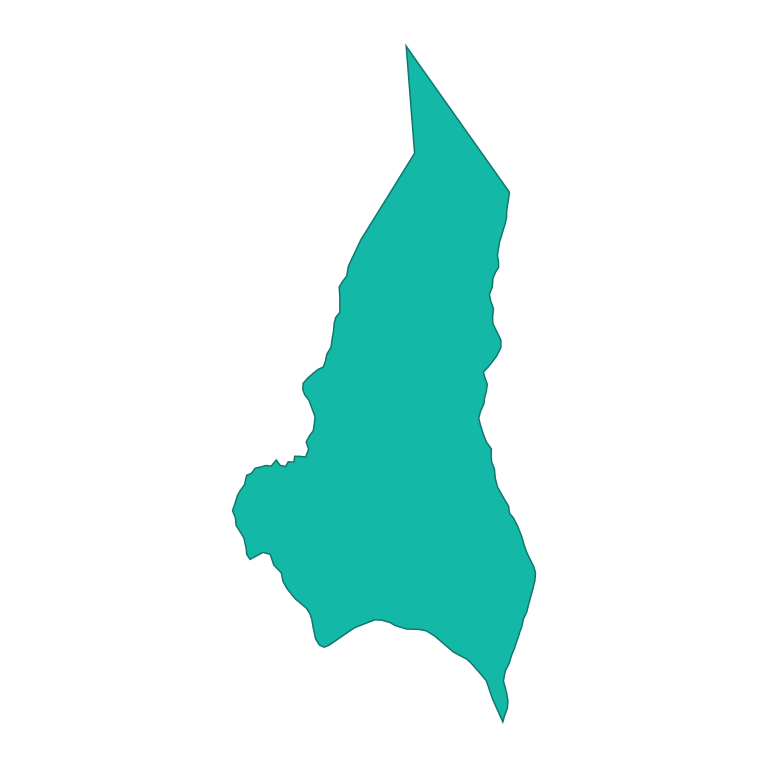 Piranhas, Alagoas, Brazil (Equal Earth projection)
{"feature_id": "56859067B38301719438839", "entity_name": "Piranhas", "entity_type": "district", "adm_level": 2, "iso_a3": "BRA", "parent_name": "Brazil", "parent_adm1": "Alagoas", "projection": "equal_earth", "projection_center": [-37.725, -9.506], "detail": "fine", "context": "isolated", "style": "filled", "palette": "teal", "viewbox_px": 768, "rotation_deg": 0, "n_neighbors": 0, "source": "geoboundaries", "source_scale": "gbopen_adm2", "svg_char_len": 2181}
<svg xmlns="http://www.w3.org/2000/svg" viewBox="0 0 768 768"><path d="M406.2,46.1L414.6,153.2L385.6,200.0L380.8,207.7L360.9,239.7L348.4,266.1L346.7,276.0L342.4,281.6L339.2,287.1L339.8,296.3L339.9,304.0L339.8,312.4L335.7,317.5L334.2,323.1L333.5,331.3L332.1,339.4L331.0,347.2L326.9,354.1L325.2,361.9L323.2,367.1L318.4,369.2L313.2,373.3L307.7,378.1L303.1,383.4L302.8,389.5L304.7,394.8L309.0,400.4L311.8,408.0L315.0,416.6L314.5,422.8L313.2,430.9L309.7,435.4L306.2,441.9L308.6,449.2L305.6,457.0L300.1,456.4L294.7,456.3L293.9,462.2L288.2,461.8L285.7,466.5L280.0,465.3L276.3,460.0L271.2,466.1L265.8,465.5L260.1,467.1L255.0,468.3L251.6,473.2L246.6,475.4L244.5,484.7L240.2,490.6L237.5,495.4L235.4,502.2L232.5,510.8L235.4,517.6L236.1,525.4L243.8,537.6L246.2,548.6L246.7,554.3L250.0,559.4L263.0,552.4L270.2,554.3L273.8,565.0L281.3,572.8L283.0,581.4L287.5,589.3L295.3,598.9L306.3,608.1L310.2,614.2L311.8,619.5L313.1,627.2L315.6,638.9L319.5,645.1L324.2,647.2L328.9,645.3L348.1,632.1L354.8,627.6L374.8,619.8L381.4,620.1L389.9,622.5L395.4,625.6L406.6,629.0L418.9,629.4L426.5,630.9L434.8,636.1L453.5,652.1L462.8,657.1L466.9,659.1L471.7,663.8L478.6,671.6L486.3,680.7L492.6,699.1L502.8,721.9L504.5,716.0L507.4,708.1L507.9,700.7L506.6,693.0L505.1,687.1L503.4,681.0L505.3,670.8L509.1,663.5L511.5,655.5L514.3,648.7L516.1,643.1L518.2,637.4L519.8,631.9L521.8,626.6L523.5,618.8L526.7,612.1L528.3,605.6L530.3,598.2L532.8,589.1L534.9,580.7L535.5,573.0L533.9,566.9L530.1,559.4L526.9,552.7L524.1,545.0L521.9,537.0L519.8,531.7L517.3,525.4L513.2,517.6L509.5,513.3L508.6,506.2L504.3,499.1L500.3,492.0L497.4,486.8L495.3,478.5L494.4,468.9L491.6,461.8L491.2,455.8L491.4,449.0L486.6,442.3L483.7,435.2L480.7,426.0L478.7,418.2L480.5,411.4L483.9,403.8L484.6,397.9L486.4,391.2L487.3,384.3L485.0,377.9L483.4,372.0L487.8,367.4L491.6,362.8L496.5,356.3L500.9,347.6L500.9,340.1L497.0,332.1L492.9,323.7L492.6,316.6L493.5,308.7L490.7,301.0L489.4,294.4L492.2,287.3L493.0,278.1L495.5,272.3L498.6,267.4L498.5,261.5L497.4,255.4L498.5,248.6L499.3,242.8L501.2,236.8L502.9,231.1L505.4,222.8L506.6,217.3L506.6,211.0L507.7,204.3L508.6,198.4L509.5,192.3L411.2,53.4L406.2,46.1Z" fill="#14b8a6" stroke="#0f766e" stroke-width="1.5"/></svg>